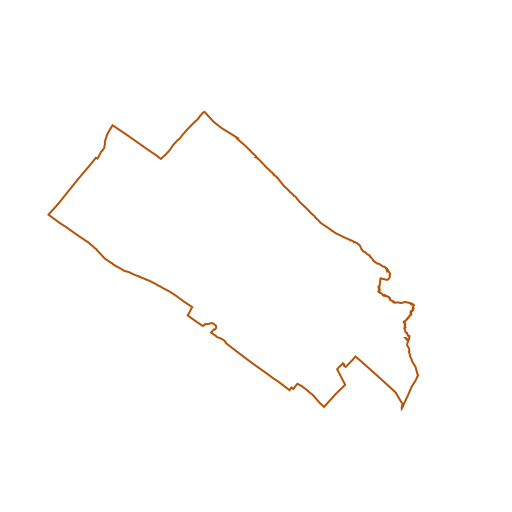 Seaca De Padure, Dolj, Romania, rotated 209°
{"feature_id": "2599482B71880041141531", "entity_name": "Seaca De Padure", "entity_type": "district", "adm_level": 2, "iso_a3": "ROU", "parent_name": "Romania", "parent_adm1": "Dolj", "projection": "albers", "projection_center": [23.279, 44.368], "detail": "fine", "context": "isolated", "style": "outline", "palette": "amber", "viewbox_px": 512, "rotation_deg": 209, "n_neighbors": 0, "source": "geoboundaries", "source_scale": "gbopen_adm2", "svg_char_len": 5946}
<svg xmlns="http://www.w3.org/2000/svg" viewBox="0 0 512 512"><g transform="rotate(209 256 256)"><path d="M358.1,352.8L370.9,357.1L371.9,355.5L372.4,353.2L372.5,352.4L372.9,351.1L373.0,348.2L373.9,345.6L374.8,342.9L377.7,332.5L379.0,326.1L379.6,322.2L380.2,320.3L380.8,319.0L382.0,314.1L382.5,310.2L382.7,307.5L384.1,300.9L385.3,297.9L386.3,294.8L393.0,295.8L400.5,296.4L426.6,299.2L444.8,300.8L445.1,295.5L445.0,289.2L444.6,288.0L444.0,284.4L443.4,282.1L443.3,281.9L442.5,281.0L442.2,280.3L441.9,278.7L441.2,277.3L441.2,276.3L441.4,275.4L441.4,274.4L441.4,273.6L441.8,273.1L442.0,272.0L441.8,268.7L441.9,264.3L443.7,264.3L444.9,256.9L448.9,236.9L454.1,206.6L455.0,202.3L457.1,193.8L457.5,191.5L442.2,189.6L436.6,189.3L421.4,187.6L408.2,186.5L406.5,185.9L404.2,185.6L401.1,184.8L398.8,184.5L398.3,184.1L386.8,180.4L381.0,179.9L379.5,179.8L378.6,180.0L377.7,179.8L377.3,179.5L375.9,179.4L375.6,179.5L372.7,179.2L371.9,179.4L369.0,179.3L368.6,179.4L366.1,179.2L363.4,179.2L360.0,180.2L358.5,180.4L352.8,180.7L349.4,181.2L348.2,181.6L347.7,181.5L347.7,181.3L347.0,181.4L341.2,182.2L339.7,182.2L338.5,182.6L330.0,182.9L327.1,182.7L325.7,183.0L321.7,182.8L313.8,183.0L306.4,182.4L297.0,181.2L287.0,180.4L286.9,170.9L277.8,169.8L269.0,169.0L268.0,169.6L267.7,171.5L265.0,173.3L261.8,176.2L257.6,175.8L256.4,174.6L256.0,173.9L256.4,171.5L257.3,171.2L258.2,167.2L252.8,166.7L250.4,166.2L246.5,166.8L243.4,166.7L241.9,166.4L240.9,166.0L240.0,165.2L224.3,162.8L207.0,160.4L191.0,158.6L187.8,158.3L181.2,157.3L178.8,157.2L176.1,157.0L161.5,154.9L161.3,158.2L158.8,157.8L158.5,161.0L157.8,164.3L153.8,164.4L152.3,164.3L147.4,163.6L141.2,162.3L140.7,162.4L137.7,161.6L128.8,158.3L123.3,157.0L119.3,174.3L116.6,183.2L115.6,186.6L130.1,196.3L129.4,199.6L128.5,201.9L128.0,204.3L126.6,204.1L126.1,203.7L126.0,202.8L123.8,202.4L121.2,211.8L120.3,216.3L113.1,214.9L93.2,210.4L67.8,204.4L58.9,199.1L56.2,197.8L55.0,193.9L54.6,193.3L54.5,194.9L54.8,196.8L55.7,209.4L56.5,216.7L56.3,220.9L56.1,223.5L56.1,225.0L56.4,228.9L56.4,229.6L56.2,230.1L57.1,230.8L58.2,231.4L58.6,232.3L60.7,234.1L62.6,236.3L67.5,239.0L69.0,240.1L69.8,241.0L71.3,242.0L72.7,243.1L73.5,244.3L76.0,246.5L76.0,246.8L75.8,247.4L77.3,249.4L79.7,250.6L80.6,251.3L81.2,252.7L81.4,253.7L81.6,256.1L83.3,255.8L83.5,256.2L84.0,256.4L84.5,256.3L85.0,256.7L85.5,256.8L85.2,257.0L83.7,256.5L82.9,256.4L82.1,256.9L82.0,257.4L82.5,259.6L83.3,260.5L83.7,260.3L83.6,259.9L84.8,260.2L86.6,262.0L87.5,261.6L88.3,262.0L89.1,262.6L89.2,263.0L89.6,263.5L90.6,264.1L90.9,264.5L91.2,264.6L91.4,265.4L91.1,265.5L90.8,265.8L90.7,266.1L91.4,266.4L91.7,267.0L92.1,267.1L92.4,267.6L92.2,267.9L92.3,268.2L92.2,268.5L92.4,268.8L92.7,268.9L93.4,269.4L93.6,269.8L93.9,269.7L94.3,269.4L94.8,269.9L94.8,270.4L94.7,270.6L94.0,271.2L93.7,272.8L93.5,273.0L93.6,273.3L93.1,273.7L93.1,273.9L93.3,274.6L93.2,274.8L92.8,275.3L92.8,275.5L93.2,275.8L93.0,276.2L92.6,276.4L92.4,277.4L92.8,277.8L92.7,278.4L92.5,278.8L92.4,279.3L92.0,279.6L91.8,280.3L92.0,280.7L92.4,280.9L92.9,281.4L93.2,281.1L93.6,281.7L93.8,282.4L93.3,282.8L93.7,283.2L93.7,283.3L92.7,283.8L92.8,284.1L92.9,284.5L92.3,284.9L92.3,285.2L92.5,286.0L93.2,285.7L93.4,285.8L93.6,286.1L93.3,286.3L93.2,286.6L93.2,286.9L93.8,287.3L94.0,287.6L94.2,289.0L94.0,289.6L94.2,289.8L95.5,289.9L96.3,288.9L97.0,289.0L96.9,289.6L97.0,289.8L97.3,289.9L98.4,289.6L99.0,289.2L99.8,289.3L100.9,288.7L102.8,288.3L103.8,287.7L106.2,285.2L108.9,284.5L112.3,282.3L112.6,282.6L113.2,282.2L113.7,282.2L113.9,282.3L113.8,282.8L114.2,282.9L114.6,282.9L115.4,282.6L116.1,282.6L116.8,282.8L117.7,282.7L118.1,282.9L118.2,283.8L118.9,283.9L118.9,284.3L119.3,284.5L122.0,284.3L122.3,283.9L123.0,283.9L123.4,284.3L124.0,284.2L124.4,284.4L124.6,284.2L124.7,283.2L124.8,283.2L125.2,283.7L126.1,283.2L126.5,283.6L127.7,284.1L128.4,284.0L128.9,284.1L129.3,283.9L131.6,284.1L131.0,285.5L131.0,285.9L131.3,286.1L131.5,286.4L131.9,286.3L132.1,286.1L132.4,286.3L132.3,287.0L132.3,287.4L132.5,287.5L132.7,287.3L132.9,287.4L132.7,287.8L132.7,288.2L133.0,288.5L133.8,288.4L134.0,288.5L133.7,289.0L133.7,289.3L133.5,290.2L135.2,293.9L135.4,294.8L135.8,295.3L135.8,295.7L136.2,296.7L136.2,296.9L129.8,298.6L129.0,300.0L128.8,300.5L128.7,301.8L129.0,302.9L129.9,304.1L129.9,304.5L129.8,304.9L130.0,305.4L131.1,306.1L132.0,306.4L132.3,306.7L133.2,306.8L133.2,307.0L133.5,307.1L133.9,306.8L134.1,306.6L134.1,306.4L134.6,306.8L134.7,307.0L133.8,307.2L133.7,307.5L135.1,308.4L136.3,308.5L136.5,308.2L137.0,308.5L138.1,308.9L138.8,308.8L139.6,308.4L140.7,308.4L141.3,308.6L143.3,308.6L143.6,308.8L144.5,308.7L145.0,308.9L145.3,308.8L145.8,308.2L146.2,308.2L147.4,308.4L147.9,308.3L148.6,308.3L149.9,308.7L150.5,308.6L151.4,308.9L152.9,309.9L155.4,310.7L155.9,310.7L155.9,311.0L157.6,311.6L159.2,311.5L162.8,312.3L163.9,312.0L165.7,312.5L166.2,312.9L167.3,313.2L169.9,315.4L171.3,315.7L172.0,316.0L173.7,316.1L174.0,316.3L174.8,316.1L176.1,316.2L176.6,316.0L177.0,315.6L177.3,315.9L179.5,315.9L181.1,315.5L181.4,315.8L182.5,315.5L185.0,315.4L185.8,315.2L196.5,314.6L198.8,314.7L200.8,315.0L201.9,314.9L202.5,314.9L202.9,315.1L205.9,315.5L215.4,316.3L219.2,317.6L220.4,317.8L221.7,318.3L222.2,318.2L222.4,318.4L223.1,318.6L224.3,319.2L229.3,320.3L230.7,320.9L232.6,321.4L233.7,321.8L234.9,322.0L235.8,322.4L243.6,324.3L246.3,325.3L247.4,325.9L248.2,325.9L249.0,326.6L250.2,327.1L251.0,327.1L251.8,326.9L252.1,327.2L254.3,327.9L257.1,328.4L259.8,329.4L265.2,330.7L270.4,332.7L273.8,334.3L274.3,334.3L274.5,334.6L274.8,334.7L275.7,334.7L276.2,335.1L278.5,335.6L279.0,335.7L279.2,335.4L280.4,335.8L280.6,336.0L280.6,336.3L281.0,336.4L282.7,336.9L283.8,336.9L285.0,337.4L289.4,338.4L299.9,341.8L300.8,341.9L301.0,341.8L301.3,342.2L302.4,342.4L303.9,342.1L303.6,342.8L304.8,343.4L305.3,343.4L305.5,343.6L307.3,343.9L307.7,344.1L309.8,344.5L310.7,344.9L316.6,346.6L318.1,347.1L326.7,348.8L327.8,349.2L327.9,349.4L328.4,349.3L329.6,349.5L329.3,350.3L347.8,351.2L358.1,352.8Z" fill="none" stroke="#b45309" stroke-width="2"/></g></svg>